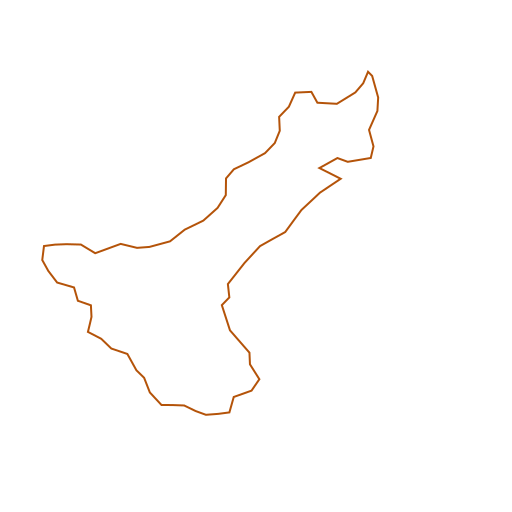 Palaiometocho, Nicosia, Cyprus (Albers equal-area conic projection), rotated 331°
{"feature_id": "46923920B18334811709617", "entity_name": "Palaiometocho", "entity_type": "district", "adm_level": 2, "iso_a3": "CYP", "parent_name": "Cyprus", "parent_adm1": "Nicosia", "projection": "albers", "projection_center": [33.213, 35.123], "detail": "fine", "context": "isolated", "style": "outline", "palette": "amber", "viewbox_px": 512, "rotation_deg": 331, "n_neighbors": 0, "source": "geoboundaries", "source_scale": "gbopen_adm2", "svg_char_len": 1072}
<svg xmlns="http://www.w3.org/2000/svg" viewBox="0 0 512 512"><g transform="rotate(331 256 256)"><path d="M443.3,149.2L433.5,156.9L422.2,161.1L400.5,162.1L384.0,151.7L384.0,139.3L369.5,132.1L357.1,141.4L343.7,145.5L337.5,158.0L327.2,166.3L313.8,170.4L295.2,170.4L278.7,169.4L267.4,173.6L259.1,188.1L245.7,195.3L227.1,199.5L206.5,198.4L187.9,201.5L167.2,196.4L155.9,191.2L143.5,179.8L116.7,175.6L108.4,161.1L96.0,153.8L85.7,148.6L75.4,144.5L67.1,155.9L67.1,168.3L69.2,182.8L81.6,195.3L78.5,208.8L87.7,219.1L82.6,229.5L78.0,234.6L72.2,240.9L80.5,253.4L84.6,266.8L96.0,279.3L96.0,298.0L99.1,308.3L97.0,323.9L101.1,340.5L110.4,345.7L120.7,351.9L128.0,362.3L135.2,370.6L146.5,375.8L156.9,379.9L168.2,368.5L186.8,371.6L199.2,365.4L198.2,347.8L203.4,337.4L197.2,308.4L202.3,282.4L212.6,279.3L217.8,266.9L242.6,256.5L264.3,249.3L278.7,249.2L293.2,249.2L306.6,243.0L318.0,237.8L342.7,231.6L367.5,229.5L354.1,209.8L374.7,209.8L381.9,218.1L403.9,225.9L411.9,217.1L416.0,200.5L432.5,188.0L439.7,176.6L444.9,154.8L443.3,149.2Z" fill="none" stroke="#b45309" stroke-width="2"/></g></svg>